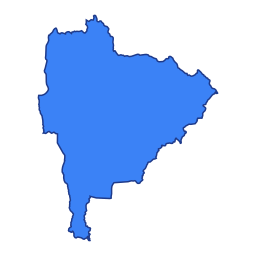 the district of Vanduzi, Manica, Mozambique
{"feature_id": "85939544B72355494669336", "entity_name": "Vanduzi", "entity_type": "district", "adm_level": 2, "iso_a3": "MOZ", "parent_name": "Mozambique", "parent_adm1": "Manica", "projection": "equal_earth", "projection_center": [33.373, -18.898], "detail": "fine", "context": "isolated", "style": "filled", "palette": "blue", "viewbox_px": 256, "rotation_deg": 0, "n_neighbors": 0, "source": "geoboundaries", "source_scale": "gbopen_adm2", "svg_char_len": 5657}
<svg xmlns="http://www.w3.org/2000/svg" viewBox="0 0 256 256"><path d="M86.3,20.0L86.3,23.0L85.8,24.3L87.2,25.8L87.6,27.3L87.6,28.0L86.9,29.4L86.9,30.9L85.2,32.9L84.8,33.0L83.6,32.6L82.3,31.2L81.4,30.7L80.4,31.2L78.9,31.5L76.9,31.3L75.4,31.6L74.4,31.2L73.5,31.9L72.1,32.0L71.7,32.7L71.5,33.5L68.9,31.7L67.2,31.9L66.1,32.5L65.6,33.1L65.5,33.9L62.0,32.8L61.0,33.0L60.2,33.8L59.8,33.8L58.9,33.3L58.3,33.3L57.4,32.1L57.0,30.1L56.3,28.4L55.9,28.1L54.7,28.7L53.6,29.9L52.6,32.0L51.2,33.4L50.3,34.0L49.5,35.3L48.7,35.3L48.4,37.4L48.7,40.5L47.8,42.8L46.4,45.2L46.1,46.8L45.8,55.4L45.5,57.8L45.8,59.1L46.7,59.8L47.0,61.0L45.2,68.3L44.4,70.6L44.6,72.1L45.8,73.6L46.2,74.8L46.3,81.8L46.6,84.3L48.0,87.2L48.4,88.5L48.4,89.3L48.1,90.3L47.6,91.2L46.2,92.9L44.5,94.3L41.9,95.3L38.7,95.4L38.4,97.7L38.7,99.2L39.0,99.4L39.2,100.7L39.2,102.8L38.8,104.5L39.2,105.2L39.0,106.1L39.4,107.4L39.2,109.4L39.4,110.2L40.1,111.0L40.4,113.2L42.0,115.8L42.8,120.3L43.0,124.2L42.8,124.5L43.6,126.3L43.0,127.9L43.7,129.4L43.6,130.2L44.0,131.0L43.3,133.1L44.2,132.9L45.1,133.4L45.8,133.4L48.2,131.7L49.1,131.4L51.4,133.2L52.0,133.1L53.9,132.2L54.4,132.4L55.5,133.5L57.5,133.9L57.4,142.9L63.4,153.5L64.2,154.3L64.8,155.5L64.8,157.6L64.5,160.2L64.8,160.4L64.1,162.9L63.2,165.1L62.6,167.1L62.2,169.5L62.2,172.0L62.6,172.8L63.1,173.1L63.1,173.8L63.8,174.9L63.7,177.8L64.2,180.6L65.2,182.6L67.0,183.7L67.7,185.1L67.6,186.3L67.9,187.2L68.1,188.9L68.6,189.8L68.5,191.6L68.8,192.3L68.9,194.1L69.7,195.5L69.8,196.9L70.0,197.5L70.4,200.4L69.6,201.9L69.8,203.7L69.6,205.0L69.7,206.4L69.3,207.3L69.4,208.2L70.4,210.6L72.6,212.7L72.8,213.3L73.4,213.8L73.3,215.0L72.5,216.5L72.6,217.6L71.9,218.7L71.6,221.2L70.9,222.5L71.0,223.6L70.8,225.0L70.8,225.5L71.2,226.1L71.2,226.7L70.1,227.4L68.9,228.6L68.5,230.6L69.1,231.4L70.4,231.6L71.1,232.3L71.9,232.1L72.3,231.3L72.7,231.2L73.1,231.6L74.0,233.7L73.9,235.2L74.0,236.0L74.5,236.9L75.1,237.6L76.1,237.9L77.5,237.1L78.2,237.1L81.4,237.8L83.3,239.1L84.5,239.1L84.9,238.6L86.8,238.0L87.3,236.9L87.9,236.4L88.2,236.5L88.4,237.1L87.9,238.2L87.9,239.1L88.7,240.4L89.3,240.6L89.9,240.5L89.5,239.8L89.8,238.9L89.0,237.3L89.3,235.9L89.1,235.1L89.8,234.7L90.0,234.3L89.7,233.8L88.8,233.7L88.6,232.0L88.8,231.4L90.1,230.6L90.1,229.7L90.5,228.7L90.2,228.0L87.9,227.3L87.3,226.1L86.4,226.3L86.0,226.1L85.7,225.2L85.8,222.9L85.0,222.1L84.8,220.5L84.0,219.8L84.4,219.1L84.6,218.3L84.5,217.5L84.2,216.9L84.2,215.9L84.5,215.0L85.3,214.6L85.6,213.8L85.1,212.3L86.6,210.7L86.1,208.2L86.0,205.4L86.7,203.6L88.9,202.2L89.4,200.2L88.9,199.0L90.2,197.6L90.3,197.0L90.1,196.3L96.3,197.9L110.0,198.5L111.2,198.1L111.1,196.7L111.6,193.8L111.6,188.5L111.9,186.3L112.7,184.5L114.0,182.7L128.1,181.7L131.3,180.8L133.4,181.0L134.9,180.7L135.7,181.2L136.8,182.7L137.9,183.4L139.2,183.3L140.1,182.8L140.3,182.1L142.1,180.5L142.4,180.4L142.7,179.9L142.7,179.5L142.3,179.0L142.0,178.2L142.4,177.1L142.2,176.0L142.5,175.6L142.9,175.6L143.1,175.0L143.2,173.9L143.7,173.2L144.2,173.0L144.0,172.2L143.2,171.3L143.3,170.4L145.3,168.5L146.2,166.7L146.9,164.8L147.6,163.8L148.0,162.5L148.3,162.2L150.3,161.9L153.4,159.1L154.7,159.0L156.3,158.3L155.8,157.0L156.4,156.0L157.0,152.6L157.7,152.0L157.9,151.2L158.8,150.7L158.9,150.4L158.4,149.2L158.5,148.8L159.8,148.6L161.3,147.5L161.7,147.0L161.6,145.7L161.9,145.3L162.3,145.3L162.8,145.8L163.6,145.6L164.9,145.8L165.5,145.5L166.0,144.0L166.7,143.5L169.6,143.0L171.1,143.4L172.6,143.3L173.4,141.9L174.5,142.0L174.8,141.8L175.1,140.8L175.2,139.3L176.0,138.2L176.5,138.4L176.9,139.3L178.1,140.0L179.7,141.6L180.4,143.3L180.9,143.2L181.2,142.8L181.0,140.7L181.1,139.7L182.3,136.9L184.2,135.5L184.9,133.6L185.8,133.1L186.2,132.4L186.1,131.8L185.6,131.3L185.2,131.2L184.7,131.6L184.4,131.4L183.4,129.4L183.3,128.2L183.5,127.6L184.6,127.2L185.6,126.1L189.0,124.2L190.9,124.3L195.1,123.7L196.8,121.6L197.2,120.5L197.0,120.3L197.3,119.1L197.8,118.2L198.1,118.1L198.6,118.4L199.9,118.1L201.6,118.2L202.2,117.9L202.2,116.7L202.6,116.2L202.8,115.0L202.6,113.5L203.7,111.9L205.0,110.7L205.7,108.8L205.5,107.8L203.2,105.9L203.1,105.5L203.2,105.1L203.7,104.8L205.7,104.4L206.1,103.0L207.0,101.7L207.9,99.9L209.3,98.8L212.1,95.2L213.5,94.1L214.6,93.8L215.1,92.5L215.4,92.2L215.6,92.4L215.9,93.1L216.3,93.4L217.4,93.3L217.6,93.1L215.6,89.7L214.3,88.8L212.3,88.3L211.5,87.4L210.5,85.5L209.7,84.8L209.3,83.7L209.6,81.7L210.0,81.0L209.8,80.2L208.1,79.1L207.5,78.1L206.4,77.9L205.1,76.3L204.1,75.9L203.6,74.7L202.5,74.3L201.0,72.3L198.7,70.1L198.0,69.9L197.5,70.4L197.5,71.5L197.3,72.9L197.1,73.1L196.5,73.2L194.9,74.9L192.6,76.0L191.2,76.2L189.1,75.0L187.9,75.4L187.4,74.8L187.0,73.5L185.3,73.4L182.4,70.8L180.1,69.4L179.4,68.5L178.1,67.9L177.8,67.3L177.4,65.2L176.8,63.7L174.7,61.7L173.5,60.0L172.8,58.2L170.8,56.6L170.0,56.4L169.2,56.6L168.7,57.1L168.7,58.2L168.5,58.5L167.8,58.7L166.3,58.7L165.5,59.3L165.0,60.1L163.1,61.5L159.1,61.8L157.5,61.1L157.0,60.4L156.7,59.4L156.2,58.8L153.7,58.0L151.1,56.5L149.3,56.2L148.2,54.9L146.7,54.5L145.0,54.5L140.0,55.2L139.5,55.1L138.9,54.4L137.4,54.3L131.5,56.3L129.2,56.6L127.5,55.8L125.8,55.9L124.6,56.3L123.4,55.3L122.3,55.3L120.9,54.8L119.0,55.4L118.3,55.3L116.7,53.4L115.1,50.9L114.7,50.8L113.9,51.3L113.5,51.0L113.1,49.6L113.4,48.4L113.2,47.5L113.5,45.3L112.9,42.3L113.2,39.3L113.2,37.9L112.9,37.3L112.2,36.7L111.4,36.4L110.7,36.5L110.4,36.2L109.6,34.0L108.1,32.7L108.0,31.1L108.7,29.5L108.7,28.6L107.1,26.6L105.2,26.1L104.3,25.6L103.9,25.1L103.4,23.5L101.9,22.4L101.2,21.2L100.0,20.9L99.0,21.8L98.6,21.8L97.4,21.5L96.8,20.5L97.0,19.3L96.7,18.1L96.2,17.2L95.9,16.1L95.1,15.4L94.2,15.4L93.6,16.0L94.0,17.5L93.3,20.0L92.4,20.0L91.1,19.7L89.0,21.4L88.6,21.4L86.3,20.0Z" fill="#3b82f6" stroke="#1e3a8a" stroke-width="1.5"/></svg>